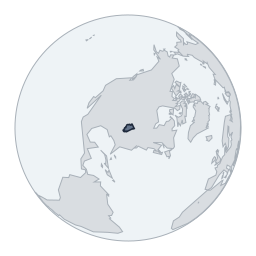 the Earth from above Illinois, rotated 64°
{"feature_id": "USA-3546", "entity_name": "Illinois", "entity_type": "State", "adm_level": 1, "iso_a3": "USA", "parent_name": "United States of America", "parent_adm1": "", "projection": "orthographic", "projection_center": [-89.31, 39.745], "detail": "fine", "context": "on_globe", "style": "filled", "palette": "slate", "viewbox_px": 256, "rotation_deg": 64, "n_neighbors": 0, "source": "natural_earth", "source_scale": "10m", "svg_char_len": 10774}
<svg xmlns="http://www.w3.org/2000/svg" viewBox="0 0 256 256"><g transform="rotate(64 128 128)"><circle cx="128" cy="128" r="113" fill="#eef3f6" stroke="#a8b0b8"/><path d="M145.5,239.3L145.6,239.2L148.1,238.7L146.3,239.0L151.8,237.4L149.2,238.0L152.3,235.6L157.2,232.3L162.8,221.3L160.9,219.3L153.1,217.7L143.7,208.2L146.6,203.0L144.4,200.8L151.7,192.4L149.5,185.4L146.8,184.7L144.4,187.8L135.1,183.9L131.5,178.1L101.8,167.1L98.5,163.5L98.1,158.1L86.8,137.6L92.4,156.1L88.2,152.0L84.7,145.1L86.4,144.0L83.7,134.1L79.8,129.5L78.6,116.9L84.5,102.6L85.9,105.5L87.2,102.0L85.5,98.2L84.1,96.6L86.1,81.5L81.6,71.0L76.8,70.7L80.5,68.7L69.1,70.6L64.5,68.1L71.8,69.1L74.2,67.9L72.1,65.2L74.1,63.4L74.2,61.2L76.7,59.4L80.8,60.4L82.5,59.4L80.9,57.6L82.5,54.8L84.5,57.6L87.5,53.3L94.8,54.8L98.2,64.8L104.4,65.1L113.5,74.2L114.7,72.1L119.0,74.7L122.0,73.4L122.8,75.7L124.5,72.7L123.2,70.9L123.5,69.1L125.2,68.2L126.5,70.9L125.9,71.7L127.1,72.1L127.1,73.8L128.1,72.5L129.5,76.1L130.6,71.4L133.8,73.3L134.0,76.0L130.8,77.1L123.3,87.2L122.6,90.8L124.8,94.4L135.9,97.8L136.4,101.3L139.5,105.0L140.7,102.2L138.7,98.4L141.7,94.5L138.9,90.6L139.7,88.5L138.2,84.1L141.9,83.3L146.4,85.0L147.9,88.7L149.9,89.6L151.3,85.1L156.8,91.3L165.2,94.5L166.3,96.4L163.2,101.6L156.1,103.9L152.1,111.7L158.2,105.3L160.7,110.7L162.6,111.1L164.6,110.2L165.0,107.7L166.6,109.4L161.1,116.0L159.6,114.6L161.3,112.4L158.0,113.7L154.3,118.7L155.9,121.2L148.7,126.9L149.7,128.9L148.7,131.4L147.6,127.7L149.5,134.6L141.3,143.7L143.8,155.5L137.5,146.9L132.9,146.2L127.5,146.8L127.8,148.7L120.3,147.4L114.0,151.5L112.5,160.8L115.8,167.8L124.1,168.1L126.2,164.2L132.1,163.1L128.7,173.6L139.2,174.3L138.6,181.7L141.8,185.0L146.8,183.5L152.1,184.5L155.5,179.8L161.2,176.4L161.7,182.1L164.5,176.2L167.9,178.2L179.0,174.7L178.2,176.3L187.6,179.6L197.2,178.3L199.4,181.1L198.3,183.9L201.4,183.0L201.5,184.4L213.3,179.2L218.8,178.3L218.2,183.2L212.8,192.1L206.1,204.7L195.9,213.3L192.1,217.7L182.0,225.3L176.0,227.6L176.4,228.6L172.0,230.8L167.8,232.3L166.0,233.4L162.8,234.4L164.2,234.3L157.6,236.6L145.5,239.3ZM30.4,127.2L31.1,124.9L31.4,127.2L30.4,127.2ZM31.0,122.9L30.9,123.8L30.9,122.9L31.0,122.9ZM30.7,121.9L30.9,122.6L30.6,122.0L30.7,121.9ZM30.2,120.8L30.5,121.3L30.4,121.3L30.2,120.8ZM143.7,159.5L155.6,163.2L149.2,164.9L150.4,163.8L147.2,161.9L141.6,160.6L135.9,162.3L143.7,159.5ZM29.7,118.4L29.6,117.8L30.0,118.0L29.7,118.4ZM148.1,152.4L146.0,152.2L148.0,151.9L148.1,152.4ZM83.1,96.3L85.3,98.4L86.1,102.6L84.1,101.0L83.1,96.3ZM81.9,88.7L83.5,89.0L81.9,92.5L81.5,91.2L81.9,88.7ZM72.9,71.1L74.3,72.5L72.3,71.8L72.9,71.1ZM73.8,61.2L72.7,61.4L73.2,60.2L73.8,61.2ZM136.2,84.9L137.2,84.5L137.0,85.5L136.2,84.9ZM134.6,83.4L133.7,84.9L132.8,84.4L133.4,83.5L134.6,83.4ZM77.6,56.4L78.7,54.5L78.3,56.6L77.6,56.4ZM136.0,81.8L131.4,83.4L129.8,82.5L130.8,78.6L136.0,81.8ZM79.8,53.5L82.4,49.1L80.4,49.2L87.6,46.9L83.0,51.2L82.8,53.7L81.5,52.8L79.8,53.5ZM122.1,70.7L123.6,72.6L120.8,71.8L122.1,70.7ZM120.2,70.7L111.2,71.5L109.9,68.4L113.1,68.7L110.1,65.6L113.9,63.6L116.4,64.9L116.5,67.2L117.8,64.8L120.2,70.7ZM91.1,46.4L92.4,45.6L91.8,46.7L91.1,46.4ZM123.4,68.3L121.7,68.6L120.4,66.0L123.6,64.8L123.0,66.0L123.4,68.3ZM107.5,65.7L107.1,63.7L110.0,61.5L110.2,60.5L113.9,63.3L107.5,65.7ZM124.1,66.2L125.2,64.3L127.3,64.8L125.0,67.8L124.1,66.2ZM118.8,65.8L118.3,64.5L119.6,64.8L118.8,65.8ZM135.5,66.0L133.5,66.3L132.7,64.9L135.5,66.0ZM125.5,63.6L124.7,63.4L124.2,62.9L125.3,61.9L125.5,63.6ZM115.7,61.7L117.0,61.3L114.3,60.4L116.4,58.9L118.4,61.2L118.4,59.6L119.1,59.1L120.0,61.5L115.7,61.7ZM124.8,59.4L128.1,62.0L132.0,61.7L132.8,62.9L126.4,63.2L124.8,59.4ZM121.9,60.4L123.9,60.0L124.0,61.6L122.7,62.8L121.9,60.4ZM117.1,57.1L113.4,58.8L113.1,58.3L117.1,57.1ZM125.9,59.0L125.1,58.4L126.1,58.8L125.9,59.0ZM119.8,57.3L118.5,58.0L118.2,57.3L119.8,57.3ZM124.5,56.7L125.5,57.5L124.7,58.3L124.5,56.7ZM122.3,56.7L122.2,55.7L123.8,58.2L121.8,57.1L122.3,56.7ZM119.7,56.6L119.1,56.5L120.3,56.4L119.7,56.6ZM127.1,53.3L129.3,56.2L127.4,57.9L125.5,54.9L127.1,53.3ZM204.9,45.7L201.6,42.8L208.5,50.1L206.5,49.0L198.3,41.0L191.8,35.3L190.8,34.7L192.2,36.7L187.9,34.0L192.3,37.4L192.6,37.0L195.4,39.3L195.3,39.8L193.8,38.7L195.0,40.3L201.9,45.3L202.9,45.5L207.7,51.5L209.9,52.5L212.2,55.1L209.4,54.4L207.6,53.0L204.8,55.1L207.2,57.1L210.0,55.3L210.3,56.5L213.6,59.6L211.4,58.3L207.7,60.1L210.2,66.6L218.2,79.1L218.7,83.3L216.9,85.6L209.1,78.1L208.9,69.7L206.2,67.3L202.1,67.3L202.4,64.9L200.7,64.0L200.2,61.0L195.5,55.7L194.4,52.8L188.6,49.9L187.2,48.2L191.1,50.3L193.1,50.4L190.0,43.9L188.2,42.4L184.7,41.2L184.3,39.8L181.2,39.4L177.5,35.8L179.6,40.0L175.5,39.1L171.1,36.8L170.1,37.3L177.3,41.3L179.8,42.2L181.4,41.8L188.6,45.6L190.6,48.1L184.4,47.3L186.5,50.8L180.8,49.0L164.9,38.8L160.2,35.3L160.9,30.1L164.3,31.0L165.7,33.1L168.0,31.5L166.1,31.4L165.7,30.4L161.7,29.6L161.3,28.8L158.2,29.5L157.2,28.5L159.2,28.1L152.4,26.5L149.3,24.6L148.0,24.7L147.5,25.2L143.9,22.8L143.1,22.9L143.9,23.8L142.9,24.7L139.6,25.5L138.6,24.6L139.6,24.2L140.1,22.1L143.0,21.4L142.3,21.1L139.5,21.6L138.8,24.0L137.2,24.8L137.0,23.5L136.9,24.0L135.8,24.1L133.6,23.5L133.6,24.9L122.3,28.5L117.0,27.9L118.1,26.1L109.1,28.5L103.9,28.2L104.7,28.9L100.9,30.9L102.5,31.0L102.6,31.5L93.7,37.5L90.8,38.4L87.8,42.3L88.3,42.7L90.3,42.2L87.6,46.9L80.4,49.2L79.8,48.0L75.7,50.5L74.9,47.6L72.4,46.6L74.0,42.4L71.8,42.2L70.5,43.3L66.5,44.0L63.2,42.3L72.0,39.0L78.1,41.9L76.1,40.1L78.4,39.3L78.8,37.9L77.2,37.0L75.9,37.7L82.6,30.7L82.5,27.6L78.1,30.2L74.6,31.6L70.6,31.8L73.8,29.3L81.2,25.5L88.9,22.4L96.8,19.8L104.8,17.8L113.0,16.4L121.3,15.6L129.6,15.4L137.9,15.8L146.1,16.8L154.2,18.5L162.2,20.7L170.1,23.5L177.6,26.9L184.9,30.8L192.0,35.3L198.6,40.2L204.9,45.7ZM239.8,114.5L239.7,114.0L239.9,116.1L239.0,132.2L237.2,133.0L231.4,127.9L230.5,120.9L227.6,116.0L218.8,84.1L220.0,81.1L216.5,66.7L216.6,65.6L220.3,69.8L220.3,64.7L216.4,59.5L213.2,54.3L211.8,52.7L217.3,59.3L222.3,66.4L226.7,73.7L230.6,81.5L233.8,89.4L236.5,97.6L238.5,106.0L239.8,114.5ZM225.4,96.5L226.4,98.2L225.4,96.5ZM180.2,28.2L176.4,26.3L175.1,25.8L176.8,26.7L183.7,30.3L183.7,30.1L180.2,28.2ZM179.3,174.5L180.7,175.2L179.0,175.8L179.3,174.5ZM148.6,167.6L151.0,167.4L152.3,168.2L150.5,168.8L148.6,167.6ZM168.4,163.7L171.0,163.5L168.4,164.8L168.4,163.7ZM157.4,163.5L166.2,164.1L161.0,167.1L155.4,166.8L159.2,165.5L157.4,163.5ZM147.4,156.3L148.9,156.5L148.6,157.8L147.4,156.3ZM149.5,152.2L148.9,152.3L148.0,151.5L149.5,152.2ZM161.0,110.2L161.5,109.8L163.6,109.3L162.9,110.6L161.0,110.2ZM171.4,101.9L173.7,104.9L171.5,103.5L170.9,105.6L165.6,105.6L166.5,97.4L167.1,101.0L171.4,101.9ZM158.8,103.6L162.1,104.4L158.4,103.9L158.8,103.6ZM191.7,62.9L192.9,62.1L195.1,63.7L196.4,68.2L193.3,65.7L191.7,62.9ZM194.1,60.6L187.6,59.0L186.5,56.5L188.2,58.1L188.2,56.6L190.9,58.9L196.2,58.3L198.4,59.8L199.7,66.7L198.1,63.5L197.0,64.4L194.1,60.6ZM173.0,61.8L170.1,61.7L171.4,56.1L173.9,56.9L175.4,61.1L173.4,62.8L173.0,61.8ZM138.5,74.8L137.4,75.6L137.0,74.8L137.7,73.5L138.5,74.8ZM134.7,66.2L143.2,70.7L142.3,71.8L148.4,73.5L148.4,77.0L144.5,75.7L149.0,79.9L145.5,80.2L148.8,82.7L140.0,79.5L137.0,80.2L140.4,78.1L140.5,74.8L139.6,73.5L134.9,70.6L128.4,70.5L127.5,67.5L128.5,65.3L129.9,64.9L130.1,67.0L131.8,64.9L133.2,67.5L134.7,66.2ZM141.3,45.4L140.9,47.5L144.6,44.8L146.0,47.0L146.3,46.6L148.6,48.0L152.0,48.9L152.1,50.1L153.3,50.0L154.9,51.0L156.6,51.3L157.5,53.5L159.7,54.2L158.9,54.9L162.5,55.4L160.2,56.0L161.9,57.6L163.2,56.1L163.6,68.6L165.5,73.8L168.3,77.9L164.0,78.8L158.6,75.7L153.3,70.9L152.0,66.0L150.3,67.5L149.2,65.6L151.0,65.2L147.6,64.7L147.1,63.1L142.4,59.6L137.6,60.2L135.8,59.0L137.4,58.0L134.4,57.6L136.3,55.0L135.0,54.2L135.6,51.0L139.5,49.7L137.8,48.9L138.1,46.6L141.3,45.4ZM127.4,52.4L131.8,50.1L134.7,50.3L132.5,55.9L133.4,57.0L132.1,60.9L127.9,60.6L128.7,59.5L128.4,58.4L129.8,58.9L128.5,57.7L129.5,56.2L128.8,54.8L130.4,54.4L127.4,52.4ZM214.7,62.9L214.4,61.8L213.5,59.9L215.6,62.0L214.7,62.9ZM212.4,64.2L211.8,62.9L214.2,64.6L214.5,65.8L212.4,64.2ZM209.4,61.0L211.6,62.7L210.6,62.5L209.4,61.0ZM190.3,49.2L189.5,48.0L190.2,48.1L191.6,49.0L190.3,49.2ZM152.7,39.0L152.0,39.9L151.2,39.7L147.9,40.6L146.7,39.2L148.2,38.1L152.7,39.0ZM204.0,44.9L206.4,47.2L206.5,47.4L205.7,46.5L204.0,44.9ZM212.2,54.6L211.3,52.9L212.8,55.2L212.2,54.6ZM150.7,37.6L149.5,38.2L149.6,37.2L150.7,37.6ZM145.6,38.2L145.4,37.1L146.1,39.1L145.6,38.2ZM138.3,28.0L144.2,28.1L147.7,27.7L148.3,26.3L150.0,28.4L144.7,29.1L138.3,28.0ZM124.4,28.4L123.9,29.8L122.4,29.4L122.3,29.1L124.4,28.4ZM125.3,29.1L127.8,30.5L126.4,31.5L124.7,30.2L125.3,29.1ZM139.5,33.5L141.4,33.6L141.2,34.4L139.5,33.5ZM61.6,37.0L63.2,35.9L62.6,36.5L60.0,38.3L59.0,39.0L61.6,37.0ZM64.1,35.4L66.5,34.6L62.4,37.6L60.9,38.5L61.6,37.5L63.7,35.9L64.1,35.4ZM65.8,35.4L67.9,34.0L75.7,31.5L76.3,31.8L68.2,34.8L69.7,33.7L68.6,33.9L65.8,35.4ZM91.5,45.3L92.3,45.6L91.0,45.9L91.5,45.3ZM103.6,31.5L103.5,32.3L102.0,32.5L103.6,31.5ZM102.5,34.6L104.3,33.8L102.9,35.1L102.5,34.6ZM108.1,32.0L105.2,33.7L107.3,31.6L108.1,32.0Z" fill="#d9dde1" stroke="#a8b0b8" stroke-width="1"/><path d="M126.0,129.7L125.9,129.6L125.9,129.4L125.9,129.2L125.8,128.9L125.7,128.8L125.4,128.5L125.3,128.4L124.9,128.0L124.9,127.9L124.8,127.7L124.7,127.5L124.7,127.4L124.7,127.1L124.7,126.9L124.8,126.8L124.8,126.7L124.9,126.4L125.0,126.2L125.3,126.1L125.3,125.9L125.5,125.6L125.6,125.4L125.5,125.2L125.4,125.2L125.4,124.9L125.5,124.7L125.9,124.6L126.0,124.6L126.3,124.5L126.4,124.4L126.5,124.4L126.5,124.2L126.7,123.9L126.7,123.7L126.8,123.6L126.8,123.4L126.7,123.4L126.6,123.2L126.4,123.1L126.4,122.9L126.2,122.7L126.3,122.6L126.6,122.6L126.8,122.6L127.6,122.6L127.9,122.6L128.1,122.6L128.9,122.6L129.2,122.6L129.4,122.6L129.7,122.6L129.9,122.6L130.2,122.6L130.7,122.6L131.0,122.6L131.3,122.6L131.3,122.9L131.2,123.0L131.2,123.4L131.1,123.7L131.1,123.9L131.1,124.0L130.6,124.0L130.6,124.4L130.6,124.7L130.6,125.0L130.6,125.5L130.7,125.8L130.7,126.1L130.7,126.4L130.7,126.7L130.7,127.2L130.7,127.8L130.7,128.1L130.7,128.4L130.7,128.7L130.6,128.8L130.6,129.0L130.6,129.3L130.7,129.5L130.7,129.8L130.8,129.9L130.7,130.0L130.5,130.3L130.5,130.5L130.4,130.5L130.3,130.8L130.2,130.8L130.0,131.0L130.1,131.3L130.0,131.5L129.9,131.6L130.0,131.7L130.0,131.8L129.9,131.8L130.0,131.8L129.9,131.9L129.8,132.0L129.9,132.3L129.9,132.5L129.6,132.5L129.4,132.6L129.2,132.8L129.3,132.9L129.3,133.0L129.2,133.3L129.2,133.2L128.6,133.0L128.6,132.9L128.5,133.0L128.4,133.0L128.2,133.2L128.2,133.3L128.3,133.4L128.2,133.4L128.1,133.2L128.0,133.3L127.9,133.3L127.9,133.2L127.7,133.0L127.7,132.9L127.7,132.7L127.8,132.7L127.7,132.5L127.7,132.4L127.7,132.2L127.4,131.9L127.4,131.7L127.2,131.7L126.9,131.5L126.8,131.4L126.7,131.4L126.6,131.2L126.4,131.0L126.4,130.9L126.4,130.7L126.5,130.6L126.5,130.4L126.6,130.2L126.7,129.9L126.7,129.7L126.4,129.6L126.2,129.5L126.0,129.7Z" fill="#64748b" stroke="#1e293b" stroke-width="1.5"/></g></svg>